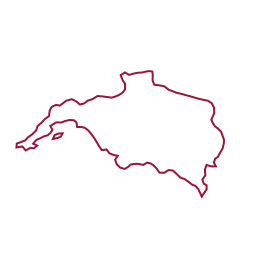 Porto Belo, Santa Catarina, Brazil (Mercator projection), rotated 203°
{"feature_id": "56859067B90050633059685", "entity_name": "Porto Belo", "entity_type": "district", "adm_level": 2, "iso_a3": "BRA", "parent_name": "Brazil", "parent_adm1": "Santa Catarina", "projection": "mercator", "projection_center": [-48.598, -27.169], "detail": "fine", "context": "isolated", "style": "outline", "palette": "rose", "viewbox_px": 256, "rotation_deg": 203, "n_neighbors": 0, "source": "geoboundaries", "source_scale": "gbopen_adm2", "svg_char_len": 1843}
<svg xmlns="http://www.w3.org/2000/svg" viewBox="0 0 256 256"><g transform="rotate(203 128 128)"><path d="M224.3,70.2L223.1,66.5L218.0,69.7L213.4,67.4L210.0,71.7L206.7,72.4L204.8,76.3L209.2,76.5L207.7,81.2L204.2,85.0L201.9,87.7L199.1,89.9L197.5,93.3L196.8,96.7L200.3,99.6L196.3,105.1L191.4,107.0L189.0,109.6L184.8,112.6L180.8,114.0L177.6,113.0L175.2,109.0L171.4,110.7L168.0,111.3L164.1,110.4L160.0,108.5L154.9,105.4L151.0,102.5L147.2,99.7L143.4,97.4L139.4,99.8L135.3,97.5L131.3,97.5L126.6,98.3L127.5,93.9L124.4,90.3L119.8,88.5L115.1,89.0L112.8,92.1L111.3,95.4L108.4,97.2L105.0,98.9L99.5,100.0L96.9,103.6L93.4,104.2L89.8,103.6L86.1,102.0L81.6,99.2L76.9,101.1L74.3,105.1L69.8,106.4L64.6,104.4L60.4,102.8L55.8,103.1L50.8,102.0L46.7,100.9L43.2,101.1L39.4,99.2L33.3,93.7L32.6,98.0L31.7,102.4L33.3,106.0L36.5,106.4L39.4,109.6L38.3,114.6L41.0,119.9L41.2,124.7L36.3,125.2L32.1,127.0L35.6,129.9L35.7,133.9L33.9,136.7L33.6,141.0L32.9,146.0L33.8,151.4L35.1,154.8L38.0,157.9L41.0,161.1L45.6,162.8L48.8,163.6L52.0,165.8L54.5,168.1L54.5,175.5L56.8,180.4L60.7,183.6L65.1,184.3L69.1,183.5L74.5,182.5L79.9,181.9L83.8,181.4L87.8,180.8L92.7,180.2L96.4,179.5L99.8,179.3L105.4,179.1L110.9,180.6L116.5,179.3L120.8,178.1L124.0,181.5L125.9,186.3L127.6,189.5L130.8,188.6L133.6,186.9L136.7,184.6L140.9,182.5L144.6,179.9L147.8,177.3L152.5,178.0L155.4,173.8L151.4,169.7L147.9,167.5L145.8,162.2L147.0,158.1L149.5,154.5L152.0,152.0L154.8,149.6L159.9,148.2L164.5,146.9L168.7,145.4L171.8,140.9L175.6,137.5L178.1,133.4L181.5,130.8L185.8,132.2L190.9,132.6L195.6,128.9L197.8,124.8L199.8,121.8L203.2,121.2L206.5,117.6L206.9,113.8L205.4,108.1L208.2,103.4L209.8,98.9L212.0,94.5L211.6,89.9L213.8,84.5L216.5,80.3L217.7,76.5L221.4,72.9L224.3,70.2ZM190.1,95.6L192.8,92.8L192.8,88.5L188.9,91.3L186.5,93.8L186.1,97.5L190.1,95.6Z" fill="none" stroke="#9f1239" stroke-width="2"/></g></svg>